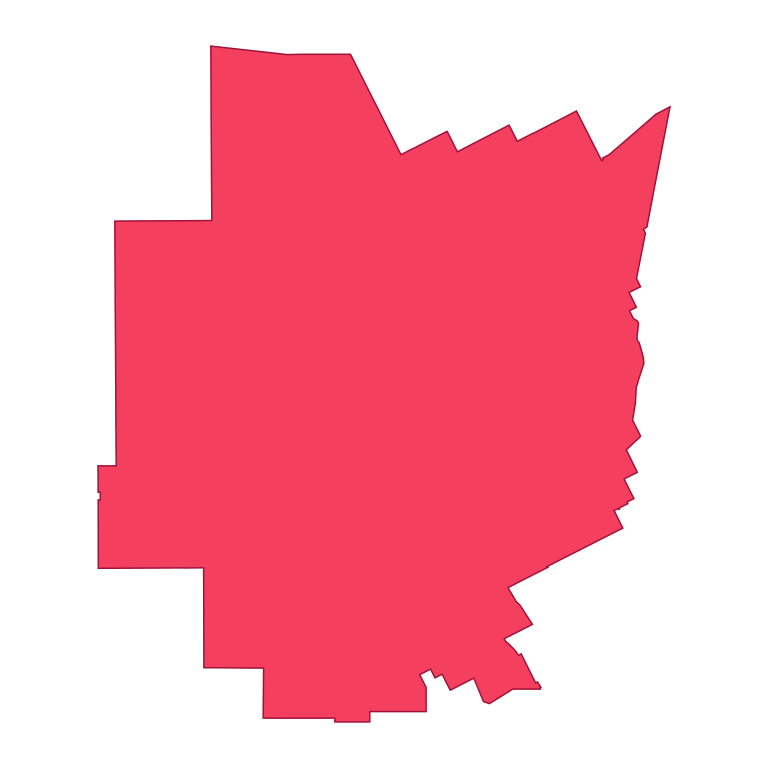 the district of Toodyay, Western Australia, Australia
{"feature_id": "25037944B97460463632510", "entity_name": "Toodyay", "entity_type": "district", "adm_level": 2, "iso_a3": "AUS", "parent_name": "Australia", "parent_adm1": "Western Australia", "projection": "albers", "projection_center": [116.439, -31.47], "detail": "fine", "context": "isolated", "style": "filled", "palette": "rose", "viewbox_px": 768, "rotation_deg": 0, "n_neighbors": 0, "source": "geoboundaries", "source_scale": "gbopen_adm2", "svg_char_len": 2939}
<svg xmlns="http://www.w3.org/2000/svg" viewBox="0 0 768 768"><path d="M98.3,568.3L122.2,568.2L139.9,568.1L163.2,568.0L180.7,567.9L182.8,567.9L183.6,568.0L203.6,567.8L203.7,583.6L203.8,635.7L203.8,637.2L203.8,640.7L203.9,665.5L203.8,667.7L208.9,667.7L224.1,667.8L245.3,668.0L263.6,668.1L263.5,678.4L263.3,700.9L263.2,718.1L270.1,718.1L275.6,718.2L276.3,718.2L277.8,718.2L303.1,718.2L322.1,718.2L334.8,718.1L334.8,721.9L335.7,721.9L352.0,721.9L352.3,721.9L369.8,721.9L369.8,711.6L392.6,711.6L426.1,711.6L426.1,687.4L419.7,674.7L430.6,669.1L435.0,677.9L442.1,674.2L450.2,690.2L473.8,678.2L481.3,696.3L483.5,701.6L489.4,703.6L489.6,703.5L501.5,696.1L512.8,689.1L527.8,689.1L539.0,689.1L540.5,689.1L539.9,687.8L540.9,687.3L537.5,681.9L535.6,682.9L523.6,658.8L521.2,654.0L521.2,653.9L518.8,655.2L518.5,655.4L516.3,652.1L515.7,651.2L515.3,650.8L514.3,649.6L513.9,649.2L508.6,643.7L508.2,643.3L507.7,643.0L507.4,642.8L507.0,642.6L506.6,642.2L506.0,641.7L505.7,641.3L505.4,640.9L505.2,640.4L504.5,639.2L504.3,638.5L504.7,638.4L511.7,634.9L528.3,626.5L532.4,624.4L520.1,605.3L516.1,601.4L508.0,587.7L520.9,581.0L533.0,574.8L547.9,567.3L547.4,567.0L546.8,566.7L547.7,566.2L560.1,559.9L574.1,552.8L592.8,543.3L615.9,531.6L622.8,528.1L614.1,510.6L617.4,508.9L619.2,509.4L619.5,509.2L619.6,507.8L627.8,503.6L627.0,502.1L633.6,498.7L633.9,498.6L630.7,492.2L630.5,491.9L624.1,478.9L635.8,473.1L637.3,472.3L632.0,461.4L626.3,449.8L633.9,442.7L639.1,437.9L639.6,437.4L640.5,435.9L640.4,435.6L639.0,432.9L634.9,424.8L632.6,420.2L635.4,403.0L635.4,402.7L635.5,401.7L635.5,400.9L636.2,388.0L636.4,386.4L637.3,384.4L638.4,380.3L643.9,363.3L643.2,356.8L642.1,353.0L642.1,352.8L639.2,342.7L637.4,340.4L637.0,336.7L638.6,323.4L638.5,323.2L637.5,321.2L636.4,320.3L633.8,318.8L632.8,317.5L629.6,310.9L629.5,310.7L636.4,307.3L629.1,292.4L640.5,286.8L636.5,278.5L640.9,256.2L645.3,233.8L645.5,233.7L643.5,229.1L646.9,227.1L647.4,224.4L653.3,193.4L670.0,106.8L657.1,113.6L656.2,114.0L609.3,154.6L609.1,154.7L605.8,156.4L602.5,158.1L603.3,159.7L601.8,160.5L601.6,160.6L591.0,139.7L584.7,127.3L584.6,127.1L576.4,111.0L563.4,117.8L549.9,124.7L549.7,124.9L533.1,133.4L533.0,133.2L532.8,133.3L528.9,135.3L528.4,135.6L524.5,137.6L517.3,141.3L509.1,125.1L472.2,144.1L457.4,151.8L447.2,131.5L446.9,131.5L446.5,131.6L429.7,140.1L414.4,147.9L410.7,149.7L409.9,150.1L401.0,154.7L388.5,129.9L377.0,106.9L369.8,92.7L358.7,70.6L350.5,54.3L332.6,54.3L321.5,54.3L303.8,54.3L301.1,54.3L287.1,54.6L268.9,52.5L256.8,51.2L232.5,48.5L210.8,46.1L211.0,81.8L211.1,114.7L211.7,205.7L211.8,220.5L191.2,220.7L169.0,220.8L143.7,220.9L126.4,221.0L114.8,221.1L114.9,238.2L115.0,262.1L115.2,304.3L115.6,360.1L115.9,416.5L115.9,425.0L115.9,425.5L116.0,432.5L116.0,440.6L116.2,465.8L109.5,465.9L98.0,465.8L98.1,482.1L98.1,492.3L100.3,492.3L100.2,500.0L98.2,499.9L98.2,509.1L98.2,513.2L98.2,522.0L98.2,523.2L98.3,531.6L98.2,534.1L98.3,568.3Z" fill="#f43f5e" stroke="#9f1239" stroke-width="1.5"/></svg>